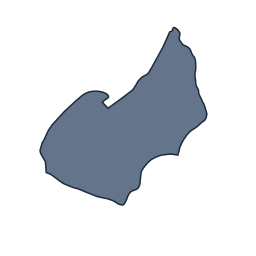 Giao Thuy, Nam Định, Vietnam (Natural Earth projection), rotated 150°
{"feature_id": "81297802B51483513425235", "entity_name": "Giao Thuy", "entity_type": "district", "adm_level": 2, "iso_a3": "VNM", "parent_name": "Vietnam", "parent_adm1": "Nam Định", "projection": "natural_earth1", "projection_center": [106.442, 20.247], "detail": "fine", "context": "isolated", "style": "filled", "palette": "slate", "viewbox_px": 256, "rotation_deg": 150, "n_neighbors": 0, "source": "geoboundaries", "source_scale": "gbopen_adm2", "svg_char_len": 3237}
<svg xmlns="http://www.w3.org/2000/svg" viewBox="0 0 256 256"><g transform="rotate(150 128 128)"><path d="M221.1,130.3L219.5,128.3L219.3,128.1L218.6,127.1L217.7,125.7L216.7,123.5L216.2,122.2L214.4,118.0L214.0,117.0L212.7,114.3L211.9,112.6L210.8,111.0L208.8,108.3L207.6,106.8L206.4,105.3L205.0,103.6L204.0,102.6L201.7,100.3L199.6,97.7L198.4,96.1L197.9,95.4L195.4,92.1L193.8,90.2L191.5,87.3L190.4,85.7L188.1,83.2L187.5,82.8L186.0,81.3L182.8,78.4L182.2,77.9L181.0,76.9L178.9,74.4L178.2,73.7L177.5,72.8L175.8,70.0L174.8,67.8L174.0,66.6L172.1,64.6L171.4,64.1L171.0,64.0L169.9,63.9L169.3,64.0L167.5,65.1L166.0,66.1L164.1,67.5L161.8,69.4L159.9,70.5L158.1,71.2L156.6,71.3L155.7,71.3L154.1,71.1L151.5,70.7L150.7,70.7L150.2,70.7L149.8,70.8L149.2,71.0L148.4,71.4L147.5,72.0L146.8,72.5L146.1,73.1L145.2,74.1L144.1,75.8L143.7,76.3L142.3,78.3L141.0,80.1L140.1,81.3L139.6,82.0L139.1,82.6L138.0,83.7L137.3,84.2L136.5,84.7L135.1,85.4L131.9,86.8L130.1,87.4L127.7,88.2L126.3,88.5L123.7,89.0L120.3,89.0L118.3,88.8L114.8,88.3L114.6,88.2L112.9,87.9L112.4,87.8L111.9,87.5L111.2,87.2L110.4,86.8L108.8,86.2L107.0,85.5L105.6,84.9L103.6,83.7L102.5,82.9L102.2,82.7L100.8,81.6L99.5,80.6L98.5,79.7L98.4,79.6L97.4,80.6L96.9,81.1L96.1,81.8L95.9,82.0L95.2,82.6L94.5,83.4L93.4,84.8L92.4,85.6L90.8,86.8L88.7,88.3L87.4,89.1L85.0,90.4L83.2,91.3L82.2,91.7L80.6,92.5L79.1,93.0L77.4,93.5L75.9,93.9L74.2,94.2L73.0,94.3L71.7,94.3L69.7,94.4L67.8,94.6L66.7,94.8L64.7,95.2L63.1,95.6L61.5,95.9L60.0,96.1L58.6,96.2L57.6,96.4L56.5,96.9L55.8,97.4L55.0,98.0L54.3,98.8L54.1,99.0L53.2,100.1L52.7,100.8L52.4,101.5L52.0,103.1L51.2,106.5L50.6,109.2L50.3,111.5L50.3,113.9L50.2,114.7L50.0,116.5L49.8,119.9L49.6,121.6L49.5,122.3L49.3,122.9L48.9,123.6L48.4,124.8L48.0,126.2L47.8,127.7L47.8,128.7L47.8,129.5L47.9,129.9L47.7,131.0L47.4,132.1L46.8,133.2L46.3,134.1L46.0,134.8L45.3,136.3L44.5,138.5L43.8,139.9L43.3,141.0L42.9,141.6L42.7,141.8L40.5,144.4L39.6,145.7L38.9,146.8L38.1,148.3L37.2,149.9L36.4,151.5L35.9,152.8L35.8,153.3L35.3,154.8L35.2,155.6L35.2,156.3L35.3,157.0L35.5,157.7L35.5,158.3L35.5,159.2L35.5,160.1L35.5,161.0L35.4,162.1L35.1,163.0L35.0,164.1L34.9,164.9L35.0,165.9L35.5,167.5L35.7,167.9L36.9,170.0L37.8,171.2L37.9,171.3L38.4,172.0L38.7,172.6L38.8,173.1L39.0,173.8L39.1,174.8L39.2,176.3L39.3,177.5L39.3,178.3L39.1,179.2L38.8,180.2L38.4,180.7L37.7,181.4L36.8,182.4L36.3,183.2L35.9,183.7L35.7,184.4L35.6,185.3L35.6,185.6L35.6,186.4L35.7,187.8L36.1,189.0L36.6,190.1L37.0,191.0L37.1,191.3L37.5,191.7L37.8,191.9L38.2,192.1L38.7,192.1L39.0,192.0L39.4,191.7L40.0,191.3L40.6,190.6L40.8,190.3L41.1,190.1L41.5,190.0L42.0,190.0L42.5,190.1L43.1,190.2L43.8,190.4L57.4,180.5L64.7,176.1L76.9,168.7L83.3,165.2L85.3,165.0L89.8,165.1L92.5,164.6L95.7,163.6L99.6,161.3L102.5,159.8L103.7,159.2L105.9,158.5L117.5,157.0L121.1,156.6L135.4,155.1L137.4,163.2L133.4,163.9L130.6,164.0L129.3,164.6L129.0,165.4L129.0,166.4L129.2,167.3L129.6,168.4L131.7,171.4L134.3,173.8L136.6,175.5L139.1,176.9L142.7,178.4L144.7,178.9L147.8,179.2L151.8,179.0L159.4,177.6L174.5,174.2L184.3,171.1L191.7,168.8L198.0,165.8L202.5,162.7L206.8,159.6L208.2,158.8L209.6,158.2L212.8,155.1L215.3,152.7L215.9,151.3L216.2,150.3L216.4,148.8L216.4,147.6L216.4,140.1L221.1,130.3Z" fill="#64748b" stroke="#1e293b" stroke-width="1.5"/></g></svg>